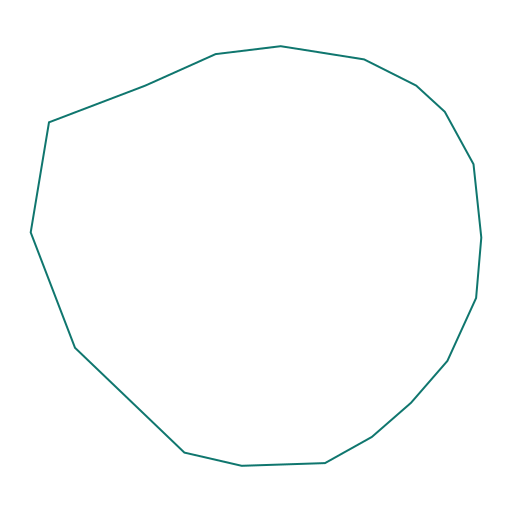 outline of Ingbokolo, Orientale, Democratic Republic of the Congo
{"feature_id": "63176286B90733061522477", "entity_name": "Ingbokolo", "entity_type": "district", "adm_level": 2, "iso_a3": "COD", "parent_name": "Democratic Republic of the Congo", "parent_adm1": "Orientale", "projection": "mercator", "projection_center": [30.772, 3.399], "detail": "fine", "context": "isolated", "style": "outline", "palette": "teal", "viewbox_px": 512, "rotation_deg": 0, "n_neighbors": 0, "source": "geoboundaries", "source_scale": "gbopen_adm2", "svg_char_len": 346}
<svg xmlns="http://www.w3.org/2000/svg" viewBox="0 0 512 512"><path d="M30.7,232.4L75.0,347.8L184.4,452.6L241.7,465.8L325.0,463.1L371.9,436.9L411.0,402.8L447.4,360.9L476.1,298.0L481.3,237.6L473.5,164.2L444.8,111.8L416.2,85.6L364.1,59.4L280.7,46.2L215.6,54.1L145.3,85.6L49.0,122.3L30.7,232.4Z" fill="none" stroke="#0f766e" stroke-width="2"/></svg>